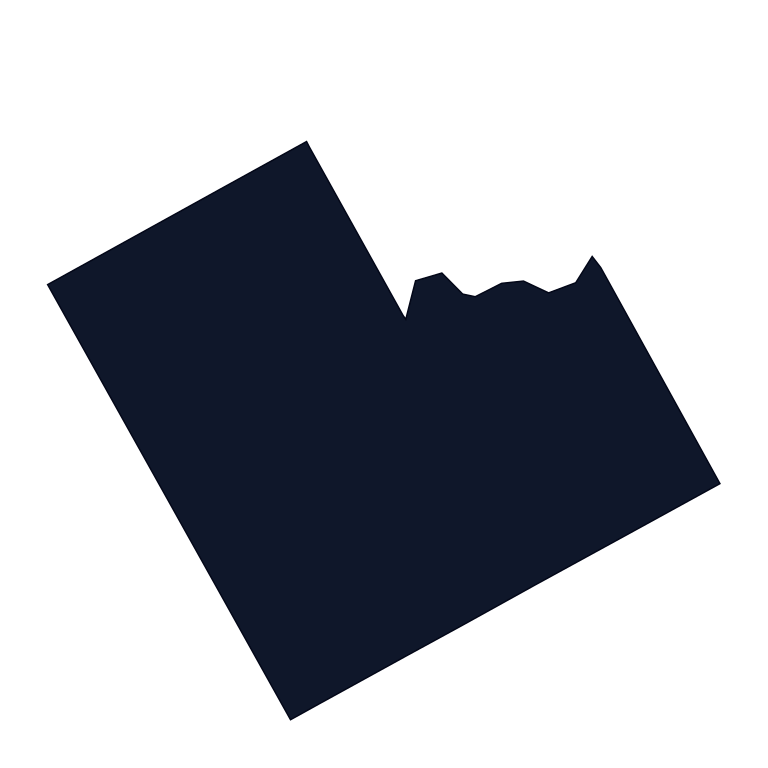 Logan, Oklahoma, United States of America (Mercator projection), rotated 331°
{"feature_id": "52423323B62151411307499", "entity_name": "Logan", "entity_type": "district", "adm_level": 2, "iso_a3": "USA", "parent_name": "United States of America", "parent_adm1": "Oklahoma", "projection": "mercator", "projection_center": [-97.363, 35.945], "detail": "fine", "context": "isolated", "style": "filled", "palette": "ink", "viewbox_px": 768, "rotation_deg": 331, "n_neighbors": 0, "source": "geoboundaries", "source_scale": "gbopen_adm2", "svg_char_len": 495}
<svg xmlns="http://www.w3.org/2000/svg" viewBox="0 0 768 768"><g transform="rotate(331 384 384)"><path d="M138.0,134.0L139.1,479.2L139.5,632.3L172.2,632.3L270.2,632.6L286.6,632.7L335.8,633.0L417.6,633.0L532.0,633.6L629.5,634.0L630.0,403.7L630.0,387.3L627.9,373.4L600.8,388.4L572.1,384.1L555.9,361.6L535.7,353.0L506.1,351.9L496.4,343.5L488.4,315.0L461.7,309.0L434.4,338.0L433.9,333.4L433.6,140.4L433.8,134.4L335.5,134.2L138.0,134.0Z" fill="#0f172a" stroke="#020617" stroke-width="1.5"/></g></svg>